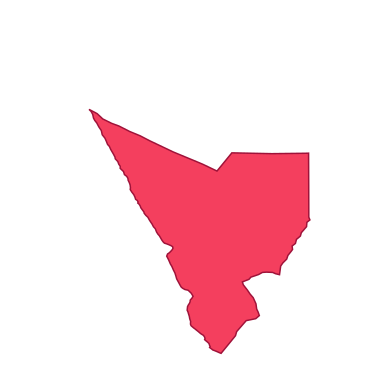 At Tadamon - SK, South Kordufan, Sudan, rotated 311°
{"feature_id": "16777658B49478662281146", "entity_name": "At Tadamon - SK", "entity_type": "district", "adm_level": 2, "iso_a3": "SDN", "parent_name": "Sudan", "parent_adm1": "South Kordufan", "projection": "natural_earth1", "projection_center": [31.568, 12.176], "detail": "fine", "context": "isolated", "style": "filled", "palette": "rose", "viewbox_px": 384, "rotation_deg": 311, "n_neighbors": 0, "source": "geoboundaries", "source_scale": "gbopen_adm2", "svg_char_len": 2281}
<svg xmlns="http://www.w3.org/2000/svg" viewBox="0 0 384 384"><g transform="rotate(311 192 192)"><path d="M86.2,307.3L86.3,308.9L86.4,310.2L86.4,311.3L86.8,312.3L87.2,313.4L88.0,315.8L88.7,318.1L89.3,319.8L100.0,319.5L109.4,319.2L112.1,319.1L115.9,317.3L130.5,317.3L138.2,323.2L142.9,323.9L144.8,320.6L146.1,317.6L149.6,313.6L152.4,307.5L153.1,302.7L154.3,298.2L155.6,291.6L157.2,289.0L163.5,292.3L166.4,292.3L169.6,294.2L173.4,296.4L177.5,297.9L180.4,300.8L184.2,305.6L185.1,308.6L187.0,312.3L194.3,307.5L198.1,307.1L203.5,307.5L207.0,306.0L212.0,305.8L214.6,305.6L216.9,303.0L221.0,303.8L224.8,301.9L227.1,302.3L229.9,302.7L233.0,301.2L241.0,301.2L244.5,298.6L248.3,299.3L249.6,296.7L273.5,275.8L297.8,254.5L297.6,254.3L297.4,254.1L295.2,251.7L273.3,227.1L247.7,196.4L224.5,197.1L224.2,197.1L220.0,181.9L218.5,177.3L209.9,151.5L202.9,126.4L200.4,116.0L196.8,105.3L193.8,93.3L193.6,92.9L191.1,86.3L188.6,76.7L188.7,74.7L188.9,69.0L188.4,66.7L186.8,60.1L186.7,61.3L186.6,63.0L185.4,66.2L183.2,69.1L182.2,71.7L181.6,74.9L180.0,79.0L178.9,83.2L176.3,86.7L175.5,91.0L174.1,94.0L172.5,97.1L172.2,99.7L170.8,102.7L169.0,108.0L167.8,111.0L166.7,112.3L166.3,116.0L164.9,118.6L164.3,121.0L162.7,122.3L162.5,126.9L160.8,129.6L161.0,132.4L160.3,134.6L158.9,136.2L157.9,138.6L156.7,140.7L154.9,142.7L153.3,143.8L152.4,146.8L151.8,149.8L150.6,152.5L149.5,154.2L149.7,156.2L149.1,157.9L148.1,158.3L148.1,159.9L147.6,161.8L146.5,163.8L146.0,166.0L145.4,168.8L144.6,169.8L144.1,172.5L144.0,175.3L143.0,177.9L142.4,179.9L141.6,182.9L140.5,185.7L140.2,188.4L138.6,191.4L137.8,194.0L137.6,195.9L136.8,198.3L135.9,200.9L135.4,203.1L135.3,204.7L136.2,206.8L137.0,209.0L137.8,211.6L138.0,213.3L137.0,214.6L135.6,214.9L133.2,214.9L131.0,214.7L129.2,214.2L127.0,215.0L125.4,219.0L123.5,222.9L122.6,225.7L121.0,229.0L119.7,232.2L118.0,235.0L116.4,237.4L115.1,240.9L114.0,243.8L113.2,246.1L113.2,247.9L113.7,250.5L115.3,253.5L115.1,257.9L114.0,261.2L111.8,261.6L109.2,261.6L108.1,262.5L106.4,263.1L104.6,263.3L102.6,263.8L99.6,265.9L98.8,267.7L97.7,269.4L96.5,271.4L94.8,273.5L93.4,275.9L91.3,277.5L90.5,279.0L90.5,282.0L90.8,288.1L90.8,291.4L91.3,294.7L90.8,296.6L90.0,297.9L88.8,298.4L88.9,302.5L88.8,304.2L87.6,306.2L87.3,307.1L86.2,307.3Z" fill="#f43f5e" stroke="#9f1239" stroke-width="1.5"/></g></svg>